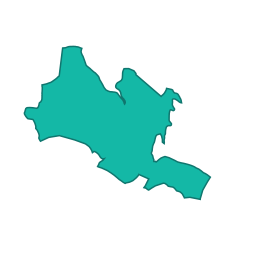 Monchy/Lafeuille, Gros Islet, Saint Lucia (Mercator projection), rotated 210°
{"feature_id": "8701671B46064896130461", "entity_name": "Monchy/Lafeuille", "entity_type": "district", "adm_level": 2, "iso_a3": "LCA", "parent_name": "Saint Lucia", "parent_adm1": "Gros Islet", "projection": "mercator", "projection_center": [-60.941, 14.059], "detail": "fine", "context": "isolated", "style": "filled", "palette": "teal", "viewbox_px": 256, "rotation_deg": 210, "n_neighbors": 0, "source": "geoboundaries", "source_scale": "gbopen_adm2", "svg_char_len": 5818}
<svg xmlns="http://www.w3.org/2000/svg" viewBox="0 0 256 256"><g transform="rotate(210 128 128)"><path d="M84.4,84.3L82.2,84.9L81.1,84.6L79.3,84.5L78.9,84.9L77.5,87.8L75.3,91.7L72.2,95.2L69.8,97.9L68.2,98.5L65.5,98.2L64.1,97.7L61.9,98.4L59.5,99.3L57.6,99.1L54.5,97.9L52.5,98.4L50.8,98.7L49.2,98.4L48.0,98.1L44.6,96.0L44.2,95.7L39.8,98.9L29.8,102.3L30.0,102.6L32.2,111.5L32.3,120.9L32.1,126.6L35.8,127.1L38.0,127.2L40.4,127.0L43.2,127.5L46.1,127.8L49.1,127.5L50.7,127.6L52.2,127.5L54.9,127.1L58.0,126.4L61.9,125.3L64.5,124.4L68.1,123.4L71.5,123.3L75.1,123.0L77.6,122.8L81.7,121.8L83.1,120.2L84.5,118.3L85.4,116.1L86.3,113.4L86.7,112.6L87.6,112.8L88.5,112.1L88.9,111.9L89.1,112.1L89.8,113.5L91.1,114.5L92.0,115.5L93.0,116.5L94.1,117.0L94.8,117.4L95.3,118.1L95.7,120.3L96.7,122.5L97.6,124.8L98.0,127.3L98.1,128.9L98.6,130.6L99.1,132.2L99.8,134.7L99.5,136.6L97.1,139.1L95.0,137.9L92.6,135.4L91.1,132.9L88.9,132.6L89.3,133.6L90.5,135.3L90.6,135.5L91.1,136.9L91.4,137.8L91.7,138.2L92.0,138.7L92.4,139.3L92.6,139.9L92.6,140.7L92.7,141.5L93.0,142.3L93.5,143.1L94.1,144.4L94.5,145.3L95.2,147.7L95.2,148.2L95.1,148.8L94.7,149.6L94.4,150.1L93.6,150.6L92.9,151.0L92.4,151.3L92.1,151.7L92.0,152.2L92.2,152.8L92.3,153.1L92.6,153.5L93.3,153.8L93.6,153.9L94.0,154.1L94.6,154.3L95.1,154.5L95.8,154.8L96.1,155.1L96.6,155.8L98.9,159.9L99.2,160.6L99.6,161.3L99.8,162.0L100.2,163.0L100.3,163.7L100.4,164.2L100.4,164.8L100.1,165.1L99.3,165.4L98.6,165.4L97.6,165.6L97.3,165.8L97.1,166.1L97.0,166.3L96.9,166.7L97.1,167.7L97.5,167.9L97.9,168.2L98.3,168.3L98.9,168.7L99.4,168.9L100.1,169.4L100.6,169.7L101.2,170.3L101.7,171.1L101.9,171.7L102.1,172.1L102.5,172.9L103.2,173.9L103.5,174.3L103.7,174.7L103.7,175.1L103.6,175.5L103.2,175.9L102.7,176.2L102.1,176.5L101.0,176.6L100.0,176.6L98.3,176.5L97.5,176.3L96.6,176.2L95.7,176.2L95.3,176.2L94.2,176.6L94.7,177.2L95.3,177.8L95.8,178.5L96.5,179.1L97.3,179.7L98.1,180.1L99.0,180.8L99.6,181.1L100.5,181.6L101.3,182.1L102.1,182.3L103.1,182.3L104.1,182.0L104.9,181.7L105.8,181.7L106.9,182.2L107.6,182.6L108.1,183.1L108.6,183.2L109.4,183.2L114.4,181.6L114.0,180.4L113.9,179.1L113.9,177.8L113.9,176.7L114.0,175.9L114.2,174.9L114.5,174.0L114.8,173.2L115.1,171.9L147.8,178.1L148.4,179.2L151.5,180.5L157.1,179.8L161.1,177.4L160.9,175.4L160.6,174.1L160.4,173.5L160.3,173.2L160.1,172.8L159.7,172.0L159.5,171.7L159.1,170.9L158.1,168.9L157.7,168.0L157.7,167.9L157.6,167.1L157.6,166.0L157.8,165.4L158.7,163.7L159.1,163.0L159.7,162.0L159.9,161.1L160.0,160.1L159.9,159.3L159.7,158.4L159.3,157.6L158.8,157.1L157.8,156.7L156.9,156.6L156.1,156.6L155.5,156.6L155.0,156.5L154.3,156.3L154.1,156.2L153.8,156.1L153.1,155.8L152.4,155.2L151.8,154.7L151.5,154.3L151.0,153.7L150.7,153.4L150.5,153.1L149.9,152.5L149.0,152.0L148.2,151.6L147.8,151.4L146.5,151.1L144.8,150.3L144.1,149.9L143.6,149.4L143.1,148.7L142.9,147.8L142.9,147.4L142.9,147.0L143.5,147.3L143.9,147.8L144.1,148.0L144.3,148.1L144.5,148.3L144.7,148.5L145.0,148.7L146.0,149.3L146.3,149.5L147.1,149.8L147.6,150.0L147.9,150.1L148.6,150.3L148.8,150.4L149.0,150.4L149.8,150.7L150.8,151.1L151.0,151.2L151.6,151.5L152.0,151.6L153.6,152.4L154.3,152.6L154.5,152.7L155.1,152.9L155.3,152.9L155.5,152.9L156.0,152.8L156.7,152.6L157.2,152.5L158.3,152.0L158.8,151.8L160.0,151.3L161.6,150.5L162.3,150.3L162.5,150.3L163.4,150.1L163.6,150.1L164.3,150.0L165.3,150.0L165.6,149.9L166.2,150.0L167.0,150.3L168.5,150.9L168.8,151.0L169.6,151.5L170.1,151.8L171.2,152.6L171.6,152.8L172.4,153.3L173.6,154.0L175.5,155.1L176.2,155.4L177.0,156.0L177.4,156.4L178.7,157.5L179.6,158.0L180.0,158.1L180.4,158.3L183.4,159.2L183.7,159.3L186.1,159.5L186.9,159.7L189.0,160.1L190.5,160.5L191.1,160.6L192.6,160.8L194.4,161.1L195.4,161.3L196.2,161.9L197.2,162.8L199.4,164.7L201.9,166.8L203.0,167.7L204.0,168.2L205.7,169.5L206.3,170.1L206.9,170.8L207.1,171.3L207.7,173.3L207.7,173.5L207.8,173.9L208.8,173.7L209.9,173.5L210.9,173.4L211.9,173.2L213.2,172.6L214.5,172.2L215.2,171.8L216.4,171.2L217.4,170.5L218.6,169.8L219.8,169.0L220.8,168.0L221.6,167.0L222.3,166.2L223.6,165.3L224.6,164.6L213.6,138.7L213.7,138.4L213.9,138.0L214.3,136.8L214.5,135.9L214.9,134.8L215.2,134.0L217.0,130.1L217.6,129.0L218.8,127.6L219.4,127.0L219.9,126.3L220.7,125.4L220.9,125.2L222.4,123.8L223.5,122.8L224.0,122.3L223.9,122.2L223.1,120.9L222.6,120.4L221.7,118.8L220.6,116.7L220.1,115.6L219.9,115.1L219.4,114.4L219.0,113.8L218.8,113.2L218.4,112.6L218.0,111.9L217.8,111.5L217.3,110.6L216.9,109.8L216.7,109.0L216.7,108.7L216.7,108.4L216.7,107.9L216.6,107.6L216.6,107.4L216.7,107.0L216.8,106.6L217.0,106.3L217.2,106.0L217.3,105.5L217.1,104.6L216.8,103.9L216.6,103.1L216.3,101.9L216.3,100.8L216.3,100.4L216.4,100.1L216.6,100.0L217.0,99.4L217.9,99.0L220.4,98.0L221.1,97.7L223.3,96.6L224.4,95.9L225.3,95.3L225.8,94.8L226.2,93.8L226.0,92.7L225.7,91.5L225.4,90.5L225.3,89.3L224.7,88.4L223.6,87.7L222.3,87.0L220.9,86.4L219.3,86.0L214.7,87.8L214.4,87.8L212.3,86.5L210.8,85.4L209.2,83.9L208.5,83.1L207.8,81.8L207.6,81.4L206.0,80.9L204.9,80.3L203.8,79.5L202.7,78.7L201.3,77.4L200.7,76.2L200.2,74.7L199.3,74.0L198.7,73.6L197.2,72.8L191.9,80.3L183.6,87.1L168.3,91.0L156.9,93.0L152.4,92.5L150.3,91.6L148.6,90.6L147.5,89.8L146.5,88.9L145.8,90.5L145.0,91.0L143.3,91.0L141.9,90.8L140.5,90.5L139.8,90.2L139.0,89.8L137.9,89.2L137.1,88.8L136.0,88.5L135.0,88.5L133.6,89.2L133.5,89.3L133.3,89.5L133.6,87.7L134.1,86.5L134.8,85.2L135.3,84.1L135.4,83.6L135.2,81.7L135.0,80.3L135.2,79.6L135.1,79.4L133.6,79.6L130.8,80.2L126.8,80.6L124.5,80.8L120.2,80.6L116.3,80.2L112.3,79.5L109.8,79.0L107.6,78.9L105.0,78.6L102.8,78.6L102.4,79.2L102.3,79.4L101.7,80.0L101.2,80.4L100.1,81.4L99.5,82.0L98.1,83.9L97.4,85.0L97.3,85.3L97.0,86.1L96.6,87.2L96.1,88.5L95.7,90.1L95.6,90.4L95.5,91.0L95.4,91.7L95.3,92.7L95.2,93.0L95.3,93.2L84.6,94.3L84.5,92.7L84.4,91.1L84.1,86.3L84.2,85.8L84.3,84.9L84.4,84.7L84.4,84.3Z" fill="#14b8a6" stroke="#0f766e" stroke-width="1.5"/></g></svg>